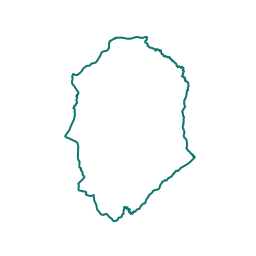 outline of Quinchia, Risaralda, Colombia, rotated 206°
{"feature_id": "7082276B81179954496146", "entity_name": "Quinchia", "entity_type": "district", "adm_level": 2, "iso_a3": "COL", "parent_name": "Colombia", "parent_adm1": "Risaralda", "projection": "robinson", "projection_center": [-75.724, 5.326], "detail": "fine", "context": "isolated", "style": "outline", "palette": "teal", "viewbox_px": 256, "rotation_deg": 206, "n_neighbors": 0, "source": "geoboundaries", "source_scale": "gbopen_adm2", "svg_char_len": 5732}
<svg xmlns="http://www.w3.org/2000/svg" viewBox="0 0 256 256"><g transform="rotate(206 128 128)"><path d="M150.4,217.7L151.5,217.8L152.1,217.6L152.6,217.2L154.2,215.5L155.3,214.9L158.1,214.3L160.5,213.4L164.0,210.1L165.5,209.0L166.6,208.4L167.8,207.9L170.1,207.4L173.5,206.3L177.2,204.5L178.9,203.4L178.6,203.0L180.2,201.4L181.5,199.3L181.9,198.3L182.2,198.4L182.4,197.7L182.3,196.8L181.8,194.9L180.2,192.0L180.2,190.6L180.6,188.9L181.0,188.2L183.9,185.8L184.7,184.5L184.9,183.2L184.6,180.6L185.0,176.4L185.5,173.3L185.9,172.6L186.3,172.1L187.6,171.0L188.5,170.4L189.4,169.0L189.8,167.5L190.0,167.1L190.4,166.8L191.9,166.0L192.4,165.6L194.3,162.0L194.5,158.8L195.7,155.4L197.0,153.4L197.4,153.1L198.9,152.5L200.8,152.6L200.9,150.9L200.8,149.9L200.6,149.4L199.8,148.9L199.6,148.5L198.9,146.2L198.9,145.7L198.0,143.9L197.5,143.3L196.3,142.7L195.0,142.3L193.6,141.3L192.7,140.9L190.5,139.4L188.7,138.7L188.3,138.3L187.9,137.7L187.8,137.3L187.9,136.8L187.8,136.4L187.9,136.0L187.8,135.2L188.5,135.1L188.4,134.3L187.4,133.6L187.4,133.4L187.6,133.2L187.1,132.9L186.8,131.7L186.6,130.3L185.2,129.0L184.9,128.4L184.9,128.0L185.4,126.9L185.0,125.8L185.9,124.6L185.7,124.1L185.8,123.8L185.8,123.3L185.4,122.8L185.8,122.5L185.8,122.1L185.7,121.9L184.5,121.8L184.0,121.4L183.7,121.0L183.3,119.3L182.9,118.7L182.5,118.4L181.7,117.0L180.4,112.8L180.1,104.2L179.8,100.0L180.7,95.3L180.9,93.2L180.6,92.9L179.6,92.5L178.9,92.5L177.1,92.9L175.4,92.8L168.6,92.9L167.6,92.7L166.9,92.2L165.1,90.4L164.6,89.6L160.2,79.6L158.8,77.7L158.3,77.4L157.1,76.9L156.9,76.6L154.6,71.5L153.9,71.2L152.8,71.3L152.4,71.1L152.2,70.7L151.9,69.3L151.7,69.2L150.9,69.2L150.3,68.9L150.0,68.5L149.3,68.1L148.7,66.7L148.4,66.2L147.9,65.9L146.3,65.3L145.8,64.9L145.6,64.3L145.8,63.6L146.6,60.8L148.3,56.4L147.3,55.2L146.6,53.8L146.0,52.0L145.6,51.2L144.9,50.6L144.3,50.5L142.6,51.0L139.9,51.5L138.6,52.1L137.7,52.0L137.2,51.7L136.9,50.1L136.6,49.7L133.1,50.1L132.0,50.5L130.9,51.2L129.5,52.6L126.8,48.5L126.0,47.6L122.7,45.0L121.0,42.4L120.0,41.3L119.4,40.9L116.4,39.6L115.3,38.9L113.4,38.6L112.0,39.1L110.1,41.2L109.7,41.4L108.0,40.8L105.2,39.6L104.7,39.5L103.9,39.6L103.4,39.4L102.7,39.3L101.4,38.3L99.5,38.2L99.2,38.6L98.2,39.0L97.8,40.0L97.2,40.6L97.1,41.1L97.3,42.4L96.7,43.6L95.7,44.3L94.9,45.1L94.8,45.6L95.2,46.8L95.2,47.4L95.1,47.9L94.3,48.7L94.3,48.9L95.3,50.5L95.6,51.2L96.1,54.0L96.7,54.8L96.7,55.3L96.5,55.6L96.1,55.8L95.5,55.4L95.1,55.3L94.9,55.5L95.0,56.0L94.0,56.3L94.0,56.1L94.2,55.3L94.1,55.0L93.7,54.9L93.5,55.5L93.1,55.7L92.4,55.5L91.8,54.7L91.5,54.8L91.0,55.7L90.8,55.7L90.6,55.6L90.6,55.4L91.0,54.8L90.8,53.8L90.8,53.3L90.6,53.2L90.0,53.5L89.5,52.8L89.2,53.0L89.1,53.5L88.9,53.5L88.4,52.5L88.3,52.3L87.9,52.1L87.8,52.3L88.1,52.8L88.0,53.0L87.7,53.1L87.1,52.8L86.4,52.8L86.2,54.0L86.5,55.2L86.4,55.5L85.6,55.3L85.3,55.4L84.6,56.8L84.5,58.0L84.3,58.4L83.3,59.7L82.6,60.0L82.3,60.5L82.2,61.7L82.3,63.8L81.7,64.8L81.5,66.1L81.1,66.8L80.1,67.3L79.8,67.7L79.9,68.6L79.7,69.2L80.0,69.8L80.0,70.6L80.2,71.8L79.7,73.2L79.9,74.8L79.5,75.6L79.5,76.1L79.8,76.7L79.5,77.1L78.3,79.7L77.9,80.8L78.0,82.1L77.8,82.6L77.3,83.0L76.9,83.8L74.2,85.9L73.5,87.2L73.5,88.8L74.0,90.9L74.0,91.4L73.6,93.1L73.5,94.8L72.7,95.5L72.3,96.8L72.0,97.2L71.2,97.5L70.6,97.4L70.3,97.8L70.3,98.6L69.9,99.4L69.8,100.5L69.3,101.4L68.6,101.9L68.2,102.8L67.5,103.6L67.4,105.9L66.7,106.8L66.9,107.9L66.1,109.2L66.2,110.0L66.0,110.7L65.5,111.0L64.6,111.2L64.1,111.4L62.9,115.5L59.7,120.2L57.8,123.3L55.9,128.5L55.6,130.0L55.1,130.7L55.5,131.2L56.2,131.6L56.4,131.5L56.5,131.0L56.8,131.0L57.3,131.4L57.3,131.6L57.6,131.7L57.6,131.8L58.0,131.8L58.1,132.0L57.9,132.2L58.2,132.3L58.4,132.5L59.3,132.3L60.5,132.9L61.5,133.1L62.3,133.8L62.7,133.7L64.0,133.9L65.1,134.7L66.3,135.0L66.8,135.6L66.7,136.6L66.9,136.8L66.9,137.1L67.1,137.4L67.1,137.7L68.2,140.1L69.2,141.7L71.0,143.5L71.6,143.8L72.8,143.9L74.0,144.8L74.4,145.3L74.8,146.2L75.1,148.3L76.4,150.1L77.6,151.2L78.3,151.6L79.2,152.7L79.4,153.1L79.7,155.1L80.3,156.1L80.1,156.9L80.8,157.6L81.0,158.8L81.9,160.0L82.3,162.3L83.2,162.7L84.1,163.4L84.6,164.5L85.5,165.6L86.1,165.9L86.3,166.5L86.6,166.8L86.6,167.1L86.2,168.3L86.5,169.5L86.2,170.2L86.0,172.1L86.2,172.4L86.8,172.7L87.1,173.3L87.5,173.6L87.8,174.2L88.3,174.5L88.8,176.2L89.4,176.9L89.6,177.8L89.2,178.9L89.5,179.2L89.7,182.7L90.2,183.6L90.3,184.3L90.7,185.8L91.2,186.6L91.4,187.5L90.6,188.5L91.6,189.6L91.9,190.2L91.9,192.1L92.0,192.7L93.2,193.7L93.3,194.3L93.6,194.7L94.8,195.6L95.2,195.6L96.1,195.2L97.1,195.7L97.6,195.6L97.7,195.8L97.4,196.4L97.6,196.6L98.2,196.6L98.3,196.8L98.5,197.9L98.8,198.1L99.5,197.8L100.4,198.5L101.6,198.0L102.1,198.1L102.2,198.7L102.0,200.0L102.2,200.4L102.6,200.7L102.7,201.1L102.5,201.6L102.7,202.3L102.5,203.4L102.8,203.6L103.8,203.7L104.2,203.9L104.3,204.4L104.0,205.3L104.3,206.0L106.4,206.7L106.5,206.6L106.4,205.8L106.6,205.4L107.0,205.3L108.5,205.9L109.0,205.9L109.3,205.5L109.6,204.7L110.0,204.5L110.6,205.1L111.3,205.1L111.7,205.3L112.3,206.4L112.9,206.9L114.8,207.2L116.0,207.9L117.8,207.7L118.0,208.2L118.5,208.7L119.1,208.8L119.8,208.6L120.3,209.0L121.3,209.4L121.8,209.9L122.3,209.6L122.6,209.0L123.0,209.0L123.4,209.3L123.8,209.3L124.3,208.8L124.8,208.7L125.5,209.1L126.0,209.1L126.5,208.7L126.9,208.1L127.2,208.1L127.8,208.7L128.9,209.4L129.3,209.4L129.7,209.2L130.1,209.2L130.6,210.0L131.5,210.6L132.2,211.9L132.9,211.1L133.4,211.0L133.9,211.2L134.1,211.9L135.0,211.4L136.6,211.7L137.0,211.3L137.1,210.9L136.9,209.9L137.0,209.7L137.3,209.6L137.6,209.7L138.4,210.4L139.3,210.7L140.6,210.4L141.8,210.6L142.9,209.9L143.6,209.8L144.7,210.0L145.7,210.6L146.5,210.5L146.7,211.6L147.4,212.2L148.4,212.3L149.3,212.7L150.0,212.5L150.6,213.9L149.8,215.4L149.9,216.0L150.4,216.8L150.4,217.7Z" fill="none" stroke="#0f766e" stroke-width="2"/></g></svg>